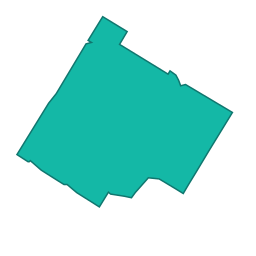 Cherokee, Georgia, United States of America, rotated 31°
{"feature_id": "52423323B87782711377512", "entity_name": "Cherokee", "entity_type": "district", "adm_level": 2, "iso_a3": "USA", "parent_name": "United States of America", "parent_adm1": "Georgia", "projection": "robinson", "projection_center": [-84.463, 34.243], "detail": "fine", "context": "isolated", "style": "filled", "palette": "teal", "viewbox_px": 256, "rotation_deg": 31, "n_neighbors": 0, "source": "geoboundaries", "source_scale": "gbopen_adm2", "svg_char_len": 632}
<svg xmlns="http://www.w3.org/2000/svg" viewBox="0 0 256 256"><g transform="rotate(31 128 128)"><path d="M209.3,83.2L209.5,60.9L154.9,61.1L151.4,64.7L146.9,61.1L141.8,58.0L134.6,57.4L134.6,61.2L77.7,60.7L77.6,45.8L49.0,45.6L48.7,73.5L52.6,73.5L48.7,77.5L48.8,135.5L47.2,147.6L46.5,208.0L59.7,208.4L60.7,207.8L61.1,206.3L75.2,208.8L82.0,209.0L95.5,209.3L102.2,209.4L104.9,207.8L117.3,209.8L144.1,210.4L144.2,200.3L144.3,193.1L147.1,193.6L160.2,188.3L166.9,186.0L167.5,179.5L171.1,160.2L180.9,155.6L199.6,155.6L209.1,155.7L209.0,145.3L209.1,130.8L209.1,106.0L209.3,83.2Z" fill="#14b8a6" stroke="#0f766e" stroke-width="1.5"/></g></svg>